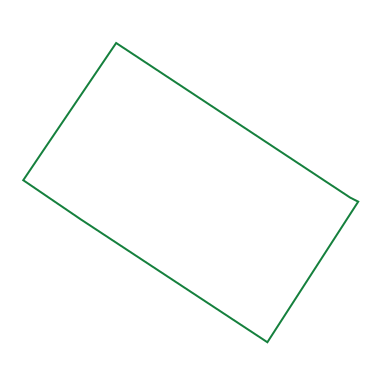 Cumberland, Illinois, United States of America (Albers equal-area conic projection), rotated 34°
{"feature_id": "52423323B3228002830897", "entity_name": "Cumberland", "entity_type": "district", "adm_level": 2, "iso_a3": "USA", "parent_name": "United States of America", "parent_adm1": "Illinois", "projection": "albers", "projection_center": [-88.294, 39.275], "detail": "fine", "context": "isolated", "style": "outline", "palette": "green", "viewbox_px": 384, "rotation_deg": 34, "n_neighbors": 0, "source": "geoboundaries", "source_scale": "gbopen_adm2", "svg_char_len": 269}
<svg xmlns="http://www.w3.org/2000/svg" viewBox="0 0 384 384"><g transform="rotate(34 192 192)"><path d="M115.2,276.9L338.5,274.4L335.2,107.1L326.1,108.2L45.8,110.9L45.5,241.0L45.5,276.6L47.7,276.6L115.2,276.9Z" fill="none" stroke="#15803d" stroke-width="2"/></g></svg>